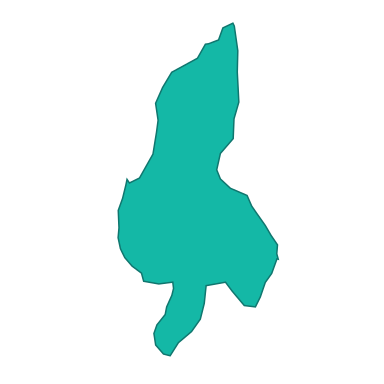 Foinikas, Paphos, Cyprus, rotated 165°
{"feature_id": "46923920B81227312905849", "entity_name": "Foinikas", "entity_type": "district", "adm_level": 2, "iso_a3": "CYP", "parent_name": "Cyprus", "parent_adm1": "Paphos", "projection": "equal_earth", "projection_center": [32.569, 34.745], "detail": "fine", "context": "isolated", "style": "filled", "palette": "teal", "viewbox_px": 384, "rotation_deg": 165, "n_neighbors": 0, "source": "geoboundaries", "source_scale": "gbopen_adm2", "svg_char_len": 979}
<svg xmlns="http://www.w3.org/2000/svg" viewBox="0 0 384 384"><g transform="rotate(165 192 192)"><path d="M140.8,331.3L152.1,319.8L180.6,312.9L193.3,300.6L204.2,287.1L206.2,270.0L210.9,258.7L219.9,238.7L239.1,219.1L250.1,216.9L251.5,221.0L254.1,215.8L260.7,203.8L268.0,193.3L271.8,176.3L275.2,167.0L275.8,155.8L275.1,152.0L273.9,146.0L269.0,135.8L261.8,126.7L261.8,118.3L247.9,111.8L233.9,109.9L234.8,103.6L238.2,97.4L246.2,87.6L249.6,80.6L260.3,72.7L265.4,65.2L266.7,53.6L261.5,42.9L255.5,39.5L244.1,50.0L228.6,57.3L216.9,67.0L209.0,81.2L202.6,97.9L183.0,96.2L178.8,85.7L170.9,68.8L160.5,64.6L153.2,72.9L144.6,85.7L136.1,92.7L127.2,105.5L126.1,104.8L126.1,110.4L123.1,118.8L126.9,129.7L129.9,140.7L135.2,155.1L138.0,163.0L139.7,174.4L153.9,185.6L161.2,197.2L162.4,207.0L154.6,221.9L138.4,232.9L132.5,251.8L123.5,266.7L117.2,296.2L111.2,316.6L108.2,341.3L108.8,344.5L119.7,342.5L127.0,332.0L137.7,330.9L140.8,331.3Z" fill="#14b8a6" stroke="#0f766e" stroke-width="1.5"/></g></svg>